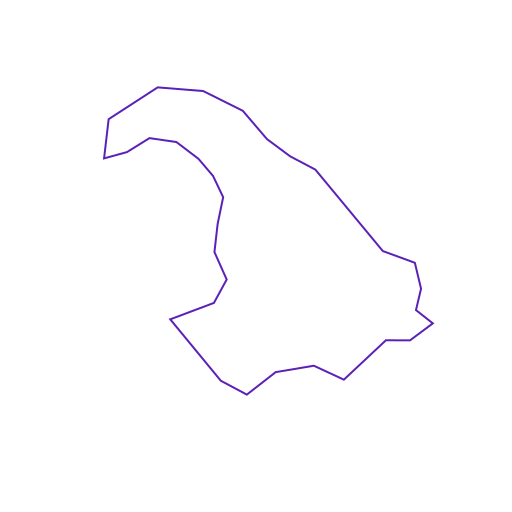 outline of Tbilisi, rotated 203°
{"feature_id": "GEO-3036", "entity_name": "Tbilisi", "entity_type": "Independent City", "adm_level": 1, "iso_a3": "GEO", "parent_name": "Georgia", "parent_adm1": "", "projection": "orthographic", "projection_center": [44.846, 41.71], "detail": "fine", "context": "isolated", "style": "outline", "palette": "violet", "viewbox_px": 512, "rotation_deg": 203, "n_neighbors": 0, "source": "natural_earth", "source_scale": "10m", "svg_char_len": 546}
<svg xmlns="http://www.w3.org/2000/svg" viewBox="0 0 512 512"><g transform="rotate(203 256 256)"><path d="M210.3,124.8L239.6,127.4L310.2,164.2L276.4,196.4L273.8,222.9L295.8,243.4L303.8,270.4L309.2,297.3L326.8,312.9L347.0,323.0L373.8,329.8L400.1,322.9L415.4,301.2L434.0,286.5L445.1,324.4L412.4,372.8L369.1,387.2L324.9,384.5L291.6,367.9L263.5,361.1L235.1,358.7L141.2,310.1L107.1,311.8L91.3,290.4L87.6,268.7L66.9,263.1L81.3,238.5L103.5,229.2L126.8,176.5L159.9,177.6L192.5,156.8L210.3,124.8Z" fill="none" stroke="#5b21b6" stroke-width="2"/></g></svg>